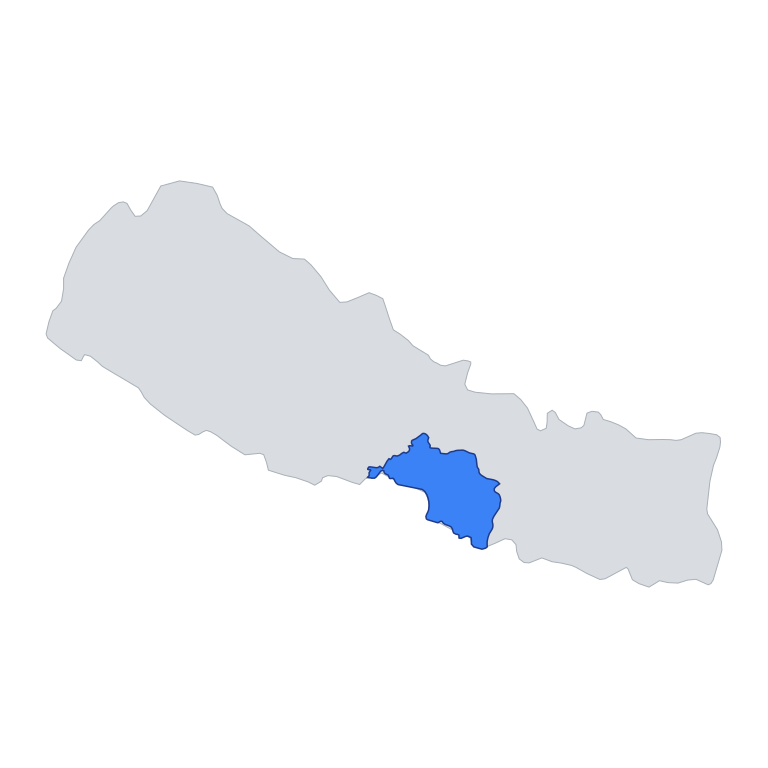 Narayani highlighted on a map of Nepal
{"feature_id": "NPL-1132", "entity_name": "Narayani", "entity_type": "Administrative Zone", "adm_level": 1, "iso_a3": "NPL", "parent_name": "Nepal", "parent_adm1": "", "projection": "natural_earth1", "projection_center": [84.782, 27.311], "detail": "fine", "context": "in_parent", "style": "filled", "palette": "blue", "viewbox_px": 768, "rotation_deg": 0, "n_neighbors": 0, "source": "natural_earth", "source_scale": "10m", "svg_char_len": 5140}
<svg xmlns="http://www.w3.org/2000/svg" viewBox="0 0 768 768"><path d="M716.7,434.8L720.1,437.5L720.5,442.0L719.9,447.0L716.5,457.8L713.5,465.3L709.9,481.3L706.8,509.1L707.6,513.9L717.5,529.8L721.5,542.0L721.9,550.3L717.8,564.3L713.2,580.0L710.9,583.6L708.2,584.8L696.0,579.3L687.6,580.1L678.0,583.1L667.9,582.6L659.5,580.7L649.0,587.1L638.9,583.6L632.4,579.7L628.0,568.8L626.2,567.4L605.0,578.8L599.9,579.5L586.7,573.4L575.9,567.3L571.8,565.5L561.4,563.1L552.0,561.7L541.8,557.9L529.1,562.9L524.0,562.5L519.2,558.9L516.7,551.5L516.0,544.6L511.7,539.8L505.0,538.7L495.7,543.0L482.0,548.7L477.6,547.7L473.6,546.1L472.1,544.6L470.2,538.0L468.0,536.6L464.8,536.4L459.2,534.8L452.3,529.9L431.2,518.4L428.6,513.3L428.7,502.0L427.5,497.4L425.0,492.4L414.2,487.4L393.2,479.4L381.6,473.0L376.1,476.0L365.4,478.7L359.7,484.5L352.9,482.6L336.6,476.5L327.9,475.6L322.6,477.7L321.4,481.2L314.7,485.2L308.4,482.0L295.9,477.7L285.0,475.4L268.4,470.2L266.5,462.4L263.7,454.7L259.8,453.3L244.9,454.8L231.3,446.3L216.7,435.3L210.5,431.7L206.4,430.4L202.8,431.9L198.8,434.4L195.1,435.1L187.2,430.4L177.1,423.7L164.7,415.4L150.2,403.9L144.2,397.4L141.6,392.5L138.5,387.9L125.9,380.4L115.9,374.5L103.9,367.3L101.8,365.9L97.3,361.6L90.4,356.2L84.6,354.6L82.8,357.6L81.3,360.7L76.3,360.0L68.6,354.5L60.5,348.8L54.1,343.5L47.6,338.0L46.1,333.9L49.0,321.5L52.9,310.7L56.2,308.3L61.5,301.2L63.6,288.8L63.6,278.2L68.9,263.2L76.1,247.2L88.5,230.1L93.9,224.5L99.8,220.6L111.2,208.0L113.5,205.9L118.5,202.7L123.3,201.9L127.0,203.4L130.7,210.0L135.1,216.3L140.7,216.0L147.2,210.6L160.8,186.0L179.5,180.9L197.1,183.5L212.6,187.1L217.2,195.3L220.1,204.0L222.1,208.4L227.1,213.6L249.1,225.9L261.8,237.0L279.4,251.9L292.7,258.5L304.4,259.1L311.0,264.9L320.9,276.6L329.3,290.0L339.8,302.4L347.0,301.9L357.0,297.9L369.1,292.7L376.2,295.3L382.8,298.7L385.0,305.1L388.9,317.2L393.3,329.8L400.2,334.2L408.4,340.6L413.0,345.8L428.4,355.2L430.5,359.0L433.7,361.7L437.4,363.3L440.5,365.2L445.4,365.9L463.2,360.2L467.9,360.9L470.7,362.0L470.8,364.0L467.6,372.9L464.8,384.2L467.6,389.9L475.1,392.2L491.6,393.9L513.9,393.7L520.7,399.5L527.5,408.1L534.3,422.8L537.0,429.0L540.4,430.8L546.2,428.3L547.1,422.3L547.3,413.3L552.2,410.2L555.3,412.5L559.0,419.5L568.2,425.8L574.9,428.9L581.2,427.8L583.9,425.4L587.0,413.1L592.0,411.3L598.3,412.1L600.7,414.6L603.3,419.5L611.0,421.8L618.6,424.9L625.9,428.9L636.0,438.0L648.5,439.7L662.9,439.5L670.5,439.7L676.1,440.4L681.2,439.7L695.9,433.2L702.0,432.7L709.5,433.5L716.7,434.8Z" fill="#d9dde1" stroke="#a8b0b8" stroke-width="1"/><path d="M487.2,546.8L487.1,547.0L485.7,548.1L482.8,549.0L481.6,549.1L473.8,546.9L471.4,544.1L471.4,540.6L471.1,537.6L467.8,536.1L465.9,536.3L461.2,538.3L459.1,538.1L458.9,536.8L459.0,535.2L457.6,534.4L456.5,534.3L455.5,534.0L453.6,532.9L452.9,531.1L452.4,529.0L451.2,527.0L449.3,525.9L445.1,524.4L443.2,523.1L442.3,521.5L441.0,521.2L439.6,521.7L438.5,522.6L437.5,522.7L427.5,519.7L426.4,518.9L425.9,516.7L426.6,514.4L427.8,512.1L428.6,509.9L429.1,505.9L428.9,502.1L428.1,498.3L426.8,494.6L424.7,491.3L422.2,489.4L398.2,484.6L396.4,483.4L394.8,481.0L394.0,479.1L392.9,478.2L390.3,478.6L389.5,478.3L388.6,475.9L387.9,474.9L385.9,474.1L385.0,473.5L384.2,472.6L383.8,470.8L382.4,470.4L380.7,471.2L376.4,476.8L374.7,478.1L372.0,478.2L368.7,477.6L367.6,477.2L368.9,476.0L369.2,474.9L369.1,473.8L369.1,472.6L369.8,471.5L370.7,470.3L370.4,469.8L368.7,469.7L367.8,469.4L367.8,468.6L368.3,467.7L368.9,467.0L369.6,466.9L370.6,466.9L376.3,467.7L378.1,467.5L379.8,466.3L382.7,468.4L383.7,467.2L387.1,461.1L389.0,458.7L390.4,459.4L391.4,458.5L393.0,456.0L394.0,455.6L394.9,455.6L395.9,455.9L397.3,456.0L399.6,455.1L401.7,453.4L403.8,452.3L406.1,453.2L408.4,451.7L409.3,450.6L409.6,449.1L409.3,447.9L408.5,446.1L409.7,445.7L412.6,446.0L412.9,445.7L412.8,445.1L412.4,444.7L412.1,444.4L411.7,443.7L411.4,442.7L411.6,441.1L412.2,440.3L416.0,438.6L420.5,435.3L422.2,433.8L422.7,433.5L423.5,433.4L424.4,433.5L425.2,433.8L425.9,434.2L426.7,434.8L427.7,436.0L428.7,437.7L428.5,438.3L428.0,439.6L427.9,440.1L427.8,440.7L427.9,441.4L428.2,442.2L428.8,443.2L429.9,444.8L430.2,445.6L430.2,446.2L429.8,446.9L429.9,447.4L430.2,447.8L431.6,448.1L437.7,448.4L438.6,448.8L439.2,449.5L439.6,450.1L440.6,453.3L445.9,453.9L446.9,453.8L448.2,453.4L450.0,452.1L451.9,451.6L453.6,451.4L455.9,450.6L456.8,450.4L462.6,450.1L463.7,450.3L465.1,450.8L469.4,452.9L473.4,453.8L474.3,454.2L474.8,454.7L475.2,455.5L476.3,459.2L477.0,465.6L477.2,466.7L477.5,467.3L477.8,468.0L478.2,468.6L478.6,469.1L478.8,469.7L479.0,472.1L479.4,473.2L480.2,474.2L481.4,475.3L486.6,478.5L490.2,479.2L492.9,479.7L495.4,480.5L497.5,481.6L499.6,483.8L495.7,486.8L494.4,488.5L494.2,489.2L494.2,490.1L494.5,491.0L494.9,491.6L495.6,492.2L497.7,493.4L498.4,493.9L498.9,494.4L499.3,494.9L499.7,495.9L500.2,497.2L500.7,499.5L500.7,500.7L500.6,501.5L500.4,502.0L500.2,502.5L500.0,503.3L499.8,505.9L499.3,508.1L494.0,516.1L492.8,518.5L492.4,519.6L492.3,520.8L492.3,521.6L492.4,522.5L492.6,523.1L492.8,524.0L492.9,525.3L492.8,527.0L492.5,528.2L492.0,529.3L489.3,533.7L488.0,537.4L487.3,540.6L487.1,542.6L487.2,546.7L487.2,546.8Z" fill="#3b82f6" stroke="#1e3a8a" stroke-width="1.5"/></svg>